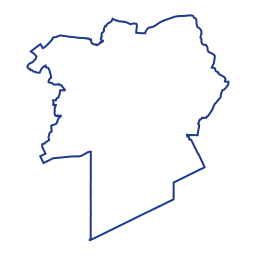 the district of Nong Khae, Saraburi, Thailand
{"feature_id": "78962969B39575483913595", "entity_name": "Nong Khae", "entity_type": "district", "adm_level": 2, "iso_a3": "THA", "parent_name": "Thailand", "parent_adm1": "Saraburi", "projection": "mercator", "projection_center": [100.849, 14.353], "detail": "fine", "context": "isolated", "style": "outline", "palette": "blue", "viewbox_px": 256, "rotation_deg": 0, "n_neighbors": 0, "source": "geoboundaries", "source_scale": "gbopen_adm2", "svg_char_len": 5452}
<svg xmlns="http://www.w3.org/2000/svg" viewBox="0 0 256 256"><path d="M112.6,18.8L111.6,20.9L111.2,21.5L110.5,22.0L108.5,23.1L107.6,23.7L106.8,24.8L106.0,26.2L105.3,25.8L104.0,28.5L103.9,28.8L103.9,30.0L104.0,30.7L103.5,31.8L102.0,32.8L101.7,33.2L101.6,33.5L101.6,34.7L101.7,36.3L101.8,36.7L101.5,36.9L101.1,37.4L100.9,38.1L100.8,39.1L101.1,39.8L101.6,40.2L102.1,40.5L102.9,40.6L103.1,40.9L103.1,41.1L102.7,41.6L102.1,41.6L101.5,42.0L101.3,42.5L101.1,42.5L100.5,42.3L100.1,42.4L100.1,42.9L99.6,43.2L99.3,43.9L99.1,44.0L97.0,45.2L95.9,44.9L95.9,44.4L95.2,44.4L93.5,44.3L93.0,44.1L92.4,43.7L92.1,43.1L91.8,43.0L91.2,41.8L91.2,41.2L91.0,39.5L89.8,39.5L89.7,39.5L89.6,39.0L89.5,38.9L88.2,38.5L88.0,38.8L86.2,38.2L85.6,38.3L83.0,38.0L78.4,37.8L74.5,37.2L68.8,36.7L65.1,36.0L63.3,35.9L61.0,35.4L60.3,35.6L58.1,36.0L57.9,36.3L56.3,37.0L55.8,37.1L53.6,37.3L53.2,37.6L52.9,38.2L52.5,38.3L52.4,39.0L51.3,40.6L49.2,42.9L47.4,44.7L46.0,46.1L44.5,47.2L43.7,47.8L42.9,48.2L40.4,44.2L31.2,51.1L30.8,51.5L33.6,53.3L36.5,56.4L36.1,57.8L35.8,58.5L35.4,59.1L33.8,61.0L33.0,61.7L32.4,62.2L31.8,62.5L30.0,63.3L29.2,63.9L28.5,64.6L27.6,65.9L27.5,66.1L27.5,66.6L27.6,67.6L28.6,68.4L29.4,69.1L29.5,69.2L30.3,69.2L30.5,69.3L30.6,69.9L30.6,70.1L31.9,70.2L32.6,70.9L33.5,71.5L35.6,72.0L37.1,72.6L38.5,72.7L39.8,72.6L40.9,69.9L41.4,69.0L42.2,68.0L43.0,67.2L43.7,66.6L44.3,66.2L45.6,65.6L45.8,67.3L47.6,67.7L48.2,67.9L48.4,68.1L50.0,71.7L49.9,72.3L50.8,75.2L51.1,76.9L51.1,77.6L50.9,77.9L50.6,78.1L50.0,78.4L49.1,79.7L48.7,80.7L48.5,82.0L49.0,82.4L50.2,82.8L51.8,82.9L52.0,83.0L53.2,84.2L54.1,84.6L55.5,84.6L56.6,84.4L58.4,84.7L58.7,84.5L58.9,84.1L59.5,84.6L60.0,85.0L60.8,85.2L61.5,85.2L61.7,85.5L62.2,86.4L64.9,89.9L64.9,90.1L64.7,90.3L64.2,90.4L63.4,90.4L61.1,90.2L60.4,90.2L60.0,90.4L59.9,90.5L59.9,93.0L58.7,96.9L58.5,97.2L58.3,97.5L57.0,98.1L56.6,98.4L56.3,99.2L56.2,99.8L56.1,100.1L55.8,100.4L55.0,100.3L54.3,100.2L53.0,100.4L53.5,102.3L53.6,102.7L53.5,103.3L53.3,103.4L53.2,104.9L55.4,104.9L55.9,105.0L55.4,106.6L55.1,106.6L54.7,107.6L54.7,108.6L54.7,111.2L54.5,113.1L54.8,114.4L55.1,115.1L55.3,115.5L55.7,115.8L57.1,116.2L57.3,116.1L57.6,115.4L57.9,115.4L58.4,116.1L59.1,116.4L59.4,116.3L60.1,115.6L60.4,115.6L60.6,115.7L60.8,115.9L60.8,116.3L60.8,116.5L60.0,116.8L58.8,118.0L57.7,120.2L57.5,120.7L57.3,121.8L57.1,122.1L56.6,123.2L56.2,123.7L56.0,123.9L55.0,124.3L54.4,124.6L51.4,125.6L51.2,125.7L51.2,126.0L51.4,126.4L51.3,127.8L51.5,129.7L51.6,130.6L51.7,131.5L51.5,131.8L50.6,132.0L50.4,132.2L49.6,133.2L49.3,134.0L48.7,136.3L48.5,137.5L48.6,138.2L49.2,139.6L49.2,139.9L49.1,140.1L45.8,142.2L45.4,142.5L44.7,143.5L42.2,144.2L42.3,147.1L45.5,153.6L40.2,156.2L42.5,161.0L43.5,163.0L47.3,161.2L53.0,158.3L71.4,156.5L79.4,156.3L80.7,156.0L81.7,155.6L83.1,154.9L87.0,152.6L87.8,152.2L89.1,151.9L90.8,151.7L90.8,171.8L90.8,173.2L90.8,177.6L90.7,185.5L90.8,192.4L90.7,197.0L90.8,206.2L90.7,206.5L90.8,215.5L90.7,216.4L90.7,235.8L90.7,238.0L90.6,238.4L90.1,239.5L89.1,240.6L94.3,238.2L145.7,212.9L158.6,206.7L158.6,206.4L159.4,206.3L173.6,199.3L173.6,199.2L173.7,182.5L195.8,171.6L197.0,170.9L203.9,167.7L204.5,167.3L204.4,166.6L198.9,154.9L198.2,153.7L197.6,153.0L191.4,140.3L191.1,139.8L190.8,139.5L190.6,139.5L190.0,139.7L189.2,139.3L189.1,137.8L188.9,137.3L188.8,136.5L188.7,136.4L187.5,136.7L187.4,136.7L187.1,135.4L187.0,134.8L187.2,134.6L188.0,134.9L188.5,135.0L191.4,135.1L197.6,135.2L198.4,129.7L199.0,127.4L199.0,126.6L199.1,125.4L199.0,124.7L198.4,124.0L198.1,123.5L198.7,122.6L199.3,121.2L199.2,120.7L199.6,120.2L199.7,119.7L199.9,119.5L200.1,119.4L200.7,119.4L200.8,119.3L201.8,118.3L202.2,117.6L203.4,118.1L204.2,117.9L205.4,117.7L206.3,117.8L206.4,117.7L206.5,117.0L206.7,116.7L207.3,116.7L207.5,116.5L207.6,116.4L209.6,113.8L211.2,111.4L212.1,109.9L214.4,104.5L214.6,104.1L215.2,103.4L216.3,102.5L216.9,101.8L217.5,100.8L220.6,97.3L220.8,96.4L220.7,95.5L221.3,92.9L221.4,92.6L221.7,92.0L222.3,90.4L223.8,89.7L224.5,89.2L225.2,88.6L226.9,86.4L228.1,85.0L228.4,83.1L228.5,81.8L228.4,81.6L227.0,81.8L224.9,81.5L224.8,81.2L224.8,80.9L225.5,79.2L225.0,77.9L224.7,77.4L224.1,77.0L220.3,74.8L219.0,74.1L218.7,73.9L218.5,73.6L218.5,72.7L218.2,72.3L216.3,71.5L215.8,71.1L215.5,70.4L215.0,68.6L214.8,68.3L214.1,68.0L211.7,67.5L213.2,64.6L213.7,63.5L214.1,62.2L214.2,61.3L214.8,56.9L214.7,55.7L214.3,55.2L213.6,54.5L212.8,54.0L210.7,52.9L208.6,52.0L208.1,51.2L207.6,49.6L207.5,48.3L207.4,47.6L207.2,46.9L205.9,44.8L205.0,44.8L204.0,44.9L203.6,44.8L203.2,44.6L202.5,44.0L202.1,43.6L201.8,43.1L201.6,42.6L201.5,42.3L201.4,40.7L201.5,39.2L201.3,38.8L200.6,38.1L200.5,37.6L200.6,36.6L200.8,35.7L201.3,34.2L201.5,33.6L201.3,33.3L201.4,32.8L201.5,32.4L201.4,31.8L201.2,30.9L200.8,30.0L200.4,29.3L199.8,28.6L199.0,27.9L198.3,27.6L197.6,27.1L197.3,26.8L197.0,25.8L196.7,24.5L196.5,23.4L196.5,21.6L196.1,18.9L195.8,18.5L195.6,18.4L194.6,18.1L194.0,17.8L193.9,17.6L193.4,16.3L193.2,16.0L192.4,15.7L190.9,15.4L188.9,15.4L187.4,15.5L186.4,15.8L178.4,16.1L176.4,16.5L175.1,16.6L174.2,16.8L171.1,18.0L164.5,20.3L163.0,20.9L161.2,21.8L160.2,22.2L155.5,25.4L154.3,26.1L153.2,26.7L151.9,27.1L150.8,27.3L149.7,27.4L149.2,27.5L148.2,28.1L147.4,28.9L146.6,29.9L145.7,31.4L145.2,32.6L145.2,33.2L144.9,33.2L140.6,33.2L137.4,32.9L136.2,32.8L136.3,30.6L136.9,26.1L136.6,24.1L136.2,23.7L135.8,23.7L135.2,23.6L133.3,23.5L130.4,24.2L129.5,23.8L128.1,23.0L125.4,21.9L123.6,21.8L121.1,21.4L119.2,21.4L117.5,20.7L116.6,20.7L115.5,20.3L112.6,18.8Z" fill="none" stroke="#1e3a8a" stroke-width="2"/></svg>